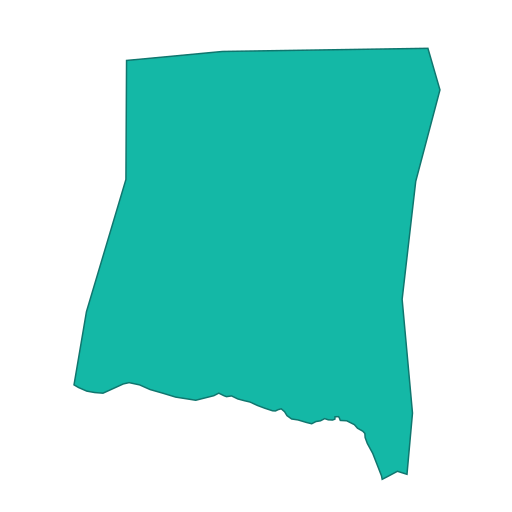 outline of Boma, Bas-Congo, Democratic Republic of the Congo, rotated 3°
{"feature_id": "63176286B538038850114", "entity_name": "Boma", "entity_type": "district", "adm_level": 2, "iso_a3": "COD", "parent_name": "Democratic Republic of the Congo", "parent_adm1": "Bas-Congo", "projection": "equal_earth", "projection_center": [13.06, -5.819], "detail": "fine", "context": "isolated", "style": "filled", "palette": "teal", "viewbox_px": 512, "rotation_deg": 3, "n_neighbors": 0, "source": "geoboundaries", "source_scale": "gbopen_adm2", "svg_char_len": 953}
<svg xmlns="http://www.w3.org/2000/svg" viewBox="0 0 512 512"><g transform="rotate(3 256 256)"><path d="M393.7,472.4L398.7,469.5L408.5,463.6L418.2,466.1L420.5,404.7L404.2,291.6L411.6,173.1L431.0,80.5L416.8,39.6L211.8,53.5L116.5,67.5L122.1,186.4L89.6,320.5L81.0,394.2L85.6,396.6L94.1,399.8L102.1,400.8L110.4,401.0L130.2,390.7L135.9,389.1L146.5,390.8L157.2,394.9L170.6,398.0L183.1,401.1L203.4,403.2L221.2,397.7L226.0,394.9L231.6,397.3L233.9,398.0L238.9,397.0L245.3,399.7L251.9,401.1L257.5,402.1L265.3,405.2L272.9,407.6L280.6,409.7L283.6,409.7L286.1,408.3L289.2,407.3L292.7,410.0L295.3,413.8L300.1,416.9L306.5,417.5L315.1,419.6L320.4,420.6L324.5,418.2L329.0,417.2L333.1,414.8L336.7,415.8L341.0,415.8L343.3,414.8L343.3,412.4L346.8,412.1L347.6,413.1L348.8,415.8L355.2,415.8L363.1,419.3L366.4,422.7L371.9,425.4L374.0,427.5L374.5,431.6L377.0,437.4L382.9,447.0L387.7,457.6L392.8,468.9L393.7,472.4Z" fill="#14b8a6" stroke="#0f766e" stroke-width="1.5"/></g></svg>